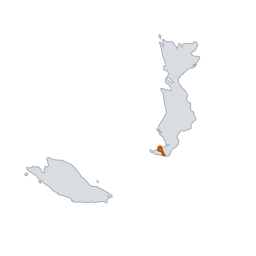 Kuching, Sarawak, Malaysia (highlighted), rotated 318°
{"feature_id": "92858781B71965080514918", "entity_name": "Kuching", "entity_type": "district", "adm_level": 2, "iso_a3": "MYS", "parent_name": "Malaysia", "parent_adm1": "Sarawak", "projection": "equal_earth", "projection_center": [110.334, 1.429], "detail": "fine", "context": "in_parent", "style": "filled", "palette": "amber", "viewbox_px": 256, "rotation_deg": 318, "n_neighbors": 0, "source": "geoboundaries", "source_scale": "gbopen_adm2", "svg_char_len": 5491}
<svg xmlns="http://www.w3.org/2000/svg" viewBox="0 0 256 256"><g transform="rotate(318 128 128)"><path d="M217.6,127.0L216.3,126.7L214.4,125.1L212.4,124.5L206.8,124.5L205.9,124.0L204.8,125.0L202.9,124.1L201.7,124.3L200.5,125.2L198.7,124.4L197.9,125.8L196.7,126.7L195.5,130.4L195.2,135.0L195.5,137.8L194.9,139.3L194.7,142.5L194.3,143.9L192.7,144.5L192.0,144.0L190.5,146.0L190.2,146.8L190.1,149.9L191.3,150.9L191.2,151.5L188.9,154.1L186.9,155.6L186.6,156.9L187.4,159.6L187.1,160.9L186.0,161.5L185.2,165.0L184.3,167.2L183.9,167.5L182.5,166.8L177.1,167.7L175.6,169.6L174.0,170.7L172.8,169.6L172.2,169.7L167.2,167.7L167.0,166.0L166.5,165.8L161.4,165.9L158.2,167.7L157.0,172.1L155.3,172.5L154.0,174.0L151.8,173.9L150.4,174.3L148.2,173.6L146.2,173.4L139.6,176.3L137.5,174.3L131.1,166.4L130.2,165.0L130.0,162.6L129.3,162.2L129.0,161.6L128.9,160.9L129.9,158.9L130.9,161.4L132.5,162.8L135.3,163.8L137.9,163.5L141.5,166.0L142.6,166.4L143.9,166.3L146.1,168.2L147.5,168.3L145.7,167.0L145.4,165.9L145.6,164.8L146.8,163.2L146.9,160.8L147.8,158.4L148.0,157.2L147.4,156.4L147.2,154.9L147.7,152.8L148.9,153.9L150.0,153.6L149.9,149.9L150.7,148.2L151.9,147.1L164.2,143.4L166.3,142.5L167.6,141.4L172.1,133.4L177.3,125.9L178.0,123.3L178.0,121.4L178.3,121.0L178.9,120.7L180.0,121.7L180.6,122.4L181.7,125.6L182.8,125.7L184.5,128.8L184.9,129.2L185.4,129.0L186.7,127.0L187.1,125.6L186.8,125.4L187.4,123.7L186.9,122.6L186.4,118.9L189.5,116.2L189.5,119.3L190.4,123.7L191.9,124.4L192.7,124.1L192.3,122.7L192.1,120.1L191.7,118.4L190.7,116.2L193.3,115.7L195.3,113.3L195.6,111.8L194.3,110.9L193.8,109.8L193.8,108.5L195.8,105.7L196.1,106.5L197.3,106.7L198.0,106.7L198.8,105.5L199.3,103.9L200.8,101.6L201.7,97.9L205.6,92.1L208.7,85.1L209.3,85.7L209.5,87.5L208.8,90.8L210.2,90.0L212.5,85.4L213.9,86.2L213.8,87.4L214.4,89.8L218.3,92.8L218.8,95.8L218.0,96.9L218.3,99.8L218.0,100.7L216.7,101.5L220.2,100.7L222.3,99.0L223.5,101.8L221.5,103.0L222.0,104.2L223.8,103.5L225.0,102.5L226.1,102.7L227.9,103.8L228.5,104.5L228.8,105.9L230.1,106.4L232.8,108.3L235.3,108.3L236.1,109.2L236.1,111.7L234.8,113.2L229.7,115.2L228.4,115.1L226.5,114.4L225.2,114.8L224.3,117.2L225.9,119.6L228.5,122.1L228.9,122.7L228.4,123.9L222.4,125.8L221.2,125.6L219.0,124.4L217.6,127.0ZM25.1,93.2L25.8,89.8L26.7,89.7L27.6,91.6L30.7,93.2L31.7,92.7L32.1,93.0L32.5,93.5L33.4,96.2L35.4,96.2L35.6,100.5L34.7,102.1L34.5,103.2L36.0,105.2L36.8,104.7L37.6,102.9L40.9,101.2L42.2,103.1L43.5,103.1L44.4,102.4L45.1,100.1L46.4,98.4L46.9,96.2L48.8,96.8L49.6,97.3L51.7,101.8L54.5,105.1L56.6,106.9L57.8,108.6L61.3,116.9L61.7,119.6L61.9,123.7L61.3,129.9L60.7,133.0L60.8,134.4L61.7,136.7L61.4,138.8L61.5,145.4L62.6,147.8L65.6,150.7L70.1,163.4L70.9,167.0L70.4,168.4L69.6,168.8L68.9,168.1L68.5,166.3L67.5,164.9L67.6,167.4L65.6,167.1L64.3,167.5L62.7,169.2L61.9,169.3L60.6,166.1L55.5,162.4L53.6,161.5L51.6,158.7L47.2,155.6L44.4,152.6L43.2,150.8L40.3,149.1L39.0,147.2L37.8,146.1L38.5,144.3L37.9,140.6L35.9,137.4L34.9,135.1L33.0,132.9L31.5,130.0L32.4,129.2L30.9,126.2L30.4,124.0L30.4,119.8L28.9,114.0L27.6,105.9L27.8,103.1L27.5,100.0L25.1,93.2ZM212.7,82.5L212.0,83.3L211.8,81.1L212.7,80.0L214.0,79.7L214.1,81.7L213.8,82.2L212.7,82.5ZM22.1,92.9L22.9,94.5L22.3,95.4L21.8,95.2L20.9,95.9L20.0,94.4L19.9,93.6L21.0,93.7L22.1,92.9ZM149.4,153.1L149.0,153.3L148.5,152.8L148.4,148.3L148.7,147.9L149.2,148.7L149.4,153.1ZM27.4,108.6L26.6,110.7L25.8,110.5L25.9,108.0L26.4,107.7L27.4,108.6ZM221.1,126.8L219.5,127.1L218.5,127.0L218.6,125.8L219.1,125.6L221.1,126.8ZM70.1,148.4L69.3,148.5L69.1,147.9L69.7,146.3L70.1,148.4ZM38.1,144.6L37.5,144.9L37.6,143.9L38.0,143.4L38.1,144.6Z" fill="#d9dde1" stroke="#a8b0b8" stroke-width="1"/><path d="M135.5,165.7L135.6,165.9L135.7,166.0L135.9,165.8L136.1,165.7L136.2,165.8L136.2,166.0L136.3,166.5L136.4,166.9L136.6,167.0L136.8,167.1L137.0,167.2L137.1,167.3L137.1,167.5L137.1,167.8L136.8,168.7L136.5,169.3L136.4,169.7L136.2,170.1L136.2,170.3L136.0,170.6L135.9,170.8L135.8,171.1L135.7,171.2L135.8,171.3L136.0,171.5L136.2,171.8L136.3,171.9L136.3,172.2L136.3,172.3L136.4,172.5L136.5,172.5L136.7,172.9L136.7,173.0L136.8,173.1L136.9,173.4L137.0,173.4L137.1,173.2L137.2,172.8L137.3,172.6L137.3,172.3L137.3,172.1L137.3,171.3L137.3,171.1L137.5,170.9L137.7,170.6L137.7,170.4L137.7,170.1L137.7,169.8L137.8,169.6L137.9,169.4L138.0,169.2L138.1,168.8L138.1,168.7L138.2,168.4L138.4,168.2L138.5,168.1L138.4,168.0L138.2,168.0L137.9,167.9L137.6,167.8L137.5,167.7L137.6,167.3L137.8,167.2L138.1,167.1L138.3,166.9L138.4,166.7L138.5,166.5L138.8,166.6L139.0,166.6L139.3,166.5L139.3,166.4L139.2,166.2L139.2,165.9L139.3,165.8L139.4,165.5L139.4,165.4L139.5,165.4L139.8,165.3L139.7,165.1L139.6,164.8L139.4,164.8L139.2,164.8L139.3,164.6L139.5,164.5L139.4,164.5L139.3,164.4L139.3,164.2L139.5,164.1L139.4,164.0L139.5,163.9L139.5,163.7L139.7,163.4L139.8,163.4L139.7,163.3L139.7,163.2L139.5,163.4L139.4,163.4L139.2,163.4L139.2,163.2L139.0,163.3L138.9,163.4L138.9,163.5L138.8,163.8L138.6,164.0L138.5,163.9L138.4,163.9L138.2,163.9L138.1,163.7L137.9,163.6L138.0,163.3L138.0,163.2L137.9,162.9L137.9,162.7L137.7,162.5L137.7,162.4L137.8,162.4L137.8,162.2L137.7,162.2L137.6,162.3L137.6,162.5L137.5,162.8L137.4,163.0L137.3,163.3L137.5,163.4L137.5,163.5L137.4,163.6L137.4,163.8L137.3,164.0L137.2,164.0L137.1,163.9L137.2,163.7L136.9,163.6L136.7,163.6L136.4,163.7L136.2,163.7L135.8,163.7L135.5,163.8L135.5,164.0L135.5,164.3L135.7,164.5L135.8,164.6L135.9,164.8L136.0,164.9L136.0,165.1L136.0,165.3L135.8,165.3L135.6,165.4L135.5,165.5L135.5,165.7Z" fill="#f59e0b" stroke="#b45309" stroke-width="1.5"/></g></svg>